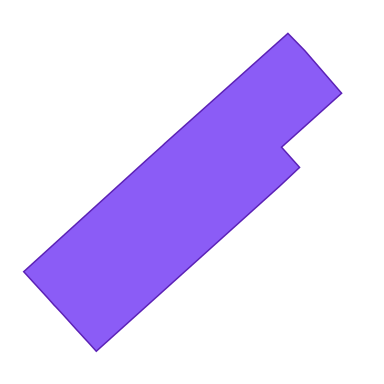 Kiowa, Colorado, United States of America (orthographic projection), rotated 138°
{"feature_id": "52423323B14805582896473", "entity_name": "Kiowa", "entity_type": "district", "adm_level": 2, "iso_a3": "USA", "parent_name": "United States of America", "parent_adm1": "Colorado", "projection": "orthographic", "projection_center": [-102.553, 38.44], "detail": "fine", "context": "isolated", "style": "filled", "palette": "violet", "viewbox_px": 384, "rotation_deg": 138, "n_neighbors": 0, "source": "geoboundaries", "source_scale": "gbopen_adm2", "svg_char_len": 499}
<svg xmlns="http://www.w3.org/2000/svg" viewBox="0 0 384 384"><g transform="rotate(138 192 192)"><path d="M95.6,138.3L95.5,165.4L14.7,165.3L14.7,167.5L13.6,221.7L14.6,245.7L39.5,245.8L180.4,246.3L180.7,246.2L200.0,246.2L204.6,246.2L205.0,246.2L370.4,245.4L370.3,231.8L370.1,209.4L370.2,199.7L370.1,198.5L369.9,187.9L369.9,171.8L369.9,166.1L369.8,159.9L369.8,155.2L369.7,148.1L369.7,137.7L366.2,137.7L363.9,137.7L122.5,137.7L95.6,138.3Z" fill="#8b5cf6" stroke="#5b21b6" stroke-width="1.5"/></g></svg>